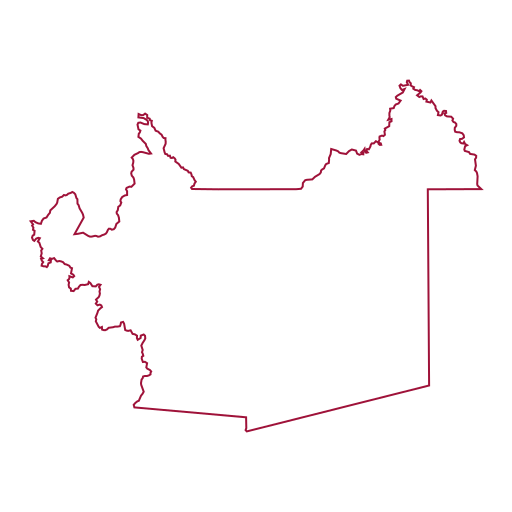 Itapuã do Oeste, Rondônia, Brazil (Mercator projection)
{"feature_id": "56859067B5479725991078", "entity_name": "Itapuã do Oeste", "entity_type": "district", "adm_level": 2, "iso_a3": "BRA", "parent_name": "Brazil", "parent_adm1": "Rondônia", "projection": "mercator", "projection_center": [-63.164, -9.133], "detail": "fine", "context": "isolated", "style": "outline", "palette": "rose", "viewbox_px": 512, "rotation_deg": 0, "n_neighbors": 0, "source": "geoboundaries", "source_scale": "gbopen_adm2", "svg_char_len": 5962}
<svg xmlns="http://www.w3.org/2000/svg" viewBox="0 0 512 512"><path d="M246.8,431.4L429.1,385.5L427.8,189.3L481.3,189.1L477.5,185.5L477.2,184.0L477.6,176.3L477.0,173.0L476.3,171.5L474.8,170.1L475.9,165.7L475.0,159.3L476.1,157.7L476.2,155.8L474.5,154.6L470.1,153.9L469.0,152.1L464.8,150.9L464.3,149.5L465.1,146.2L467.1,145.2L465.1,144.0L464.1,142.0L463.3,143.5L461.3,143.2L460.2,142.3L459.5,140.8L460.1,139.0L461.9,138.9L464.0,137.4L463.7,135.2L462.3,133.3L459.4,132.3L456.9,132.2L455.2,131.7L454.7,129.9L454.8,127.8L456.3,125.8L456.3,124.0L455.0,122.5L453.5,122.0L452.4,120.5L453.1,118.7L451.2,116.7L447.0,116.4L445.1,115.3L444.4,113.4L446.2,112.9L446.0,111.0L444.0,110.8L442.8,111.6L441.9,114.7L440.6,115.5L437.9,115.1L438.5,112.2L436.9,110.7L435.5,108.1L435.5,106.2L431.4,100.5L430.4,102.5L426.4,101.6L426.8,99.7L425.3,98.5L423.6,99.0L422.5,96.4L420.7,96.4L419.3,97.0L417.1,95.3L420.5,92.5L421.4,91.2L420.1,90.0L419.1,91.2L417.3,90.3L415.1,89.9L413.3,88.7L414.0,87.2L412.0,86.3L410.7,85.4L410.8,83.3L409.5,82.0L409.0,80.6L407.2,80.7L406.8,82.2L408.1,84.8L402.9,85.8L400.9,84.4L399.5,85.7L400.5,88.3L402.0,90.0L404.6,89.0L402.8,92.5L397.3,95.7L395.8,97.1L396.2,98.7L400.6,100.6L398.5,103.5L395.7,104.5L394.4,106.1L393.7,108.1L390.1,108.7L390.3,110.6L389.4,113.0L389.4,115.7L389.7,117.1L388.2,119.8L391.5,119.0L391.5,121.3L389.4,122.2L389.2,126.2L384.8,128.6L385.3,130.0L384.4,131.4L384.9,134.8L383.4,136.1L382.0,135.6L379.6,136.5L379.4,137.9L379.7,139.4L378.3,142.5L375.9,141.2L373.8,143.4L371.7,143.4L370.7,145.0L370.4,146.5L368.9,149.3L367.1,149.0L366.5,151.0L367.7,152.4L366.2,152.8L365.0,151.3L364.6,148.8L363.6,150.3L361.6,152.2L363.4,152.7L363.3,154.3L361.5,154.0L359.4,154.8L357.1,153.6L356.0,150.6L351.8,149.5L349.0,151.1L346.2,154.0L340.7,153.1L339.3,152.6L338.1,151.3L336.3,150.5L331.2,149.0L330.7,154.1L329.0,158.1L329.1,159.6L328.8,163.0L326.2,164.0L325.3,165.2L324.0,168.4L322.1,169.5L321.1,170.5L320.8,172.5L319.5,174.1L315.0,176.8L312.3,179.4L306.9,179.8L305.2,180.2L302.9,183.0L302.7,186.6L301.0,188.8L296.1,189.2L218.0,189.3L192.0,189.0L191.1,187.7L192.2,186.3L193.9,185.7L194.5,183.5L195.8,181.7L194.6,180.2L193.2,177.1L191.8,176.2L191.5,174.5L190.7,172.6L188.6,172.4L187.8,170.8L183.9,169.1L183.0,167.4L181.4,167.7L178.7,163.9L175.3,161.5L175.5,159.6L174.7,158.4L173.2,157.2L172.0,158.0L170.6,157.8L169.9,155.7L168.1,155.9L167.0,154.2L165.3,154.0L164.6,152.3L163.6,148.2L165.6,143.8L165.7,141.6L165.4,139.7L165.5,138.2L163.7,138.0L162.6,136.8L161.6,134.7L159.7,133.3L158.3,131.7L155.6,130.7L154.3,127.8L152.1,126.2L151.4,122.8L151.8,120.8L150.1,120.3L149.7,118.7L147.2,117.7L147.2,115.0L145.1,113.6L143.2,115.1L141.1,115.1L138.6,114.0L138.4,117.4L143.7,118.1L146.8,120.0L147.8,121.1L148.1,122.8L147.8,124.4L144.3,124.1L140.4,122.5L138.3,122.8L137.5,124.6L138.5,129.3L140.4,130.6L139.8,132.5L138.8,133.7L138.4,136.9L141.0,138.6L142.6,140.7L145.8,143.9L146.3,146.0L147.7,148.2L148.5,150.2L151.0,153.5L148.9,153.8L143.0,152.2L141.2,151.9L139.4,152.1L138.0,153.1L134.4,154.8L131.7,157.6L132.9,159.1L133.4,160.8L133.2,162.8L132.5,165.2L133.5,168.0L133.5,169.7L131.6,171.7L131.2,173.4L131.8,175.7L133.4,177.5L134.1,179.5L134.6,183.6L131.4,186.8L129.5,186.6L126.6,187.9L126.0,189.3L127.1,191.2L127.1,195.0L124.7,195.5L122.2,197.0L120.7,199.3L120.4,201.2L121.3,202.5L120.2,205.4L118.3,206.8L117.8,210.1L116.6,212.1L116.8,213.6L118.1,215.2L118.9,217.7L119.3,221.5L116.4,223.9L115.2,227.6L113.8,229.2L111.8,229.7L110.5,228.8L108.9,228.7L107.9,229.9L106.9,232.2L105.9,233.6L104.3,234.5L102.1,235.2L100.0,236.4L98.0,236.7L96.5,236.0L95.1,235.8L91.7,236.6L89.9,236.6L88.2,235.9L83.1,232.7L77.9,233.8L74.5,234.2L83.7,217.6L83.0,214.6L82.2,212.8L79.6,208.4L78.6,205.1L77.5,203.7L77.4,199.2L76.4,198.0L75.3,194.3L73.9,192.8L72.3,192.0L70.8,192.9L68.2,193.7L67.1,194.8L65.6,195.4L63.9,195.0L62.2,196.7L59.9,197.4L57.9,198.8L57.2,202.6L56.6,203.9L54.7,206.3L50.3,210.4L49.9,212.8L48.2,214.8L46.5,217.5L43.6,218.5L41.9,220.8L40.9,223.8L38.2,223.4L35.5,222.2L33.8,220.8L30.7,221.3L33.1,224.4L32.1,225.6L33.4,227.6L33.0,229.8L34.6,230.8L34.2,234.7L32.7,235.6L32.0,237.6L33.0,240.0L34.3,240.9L36.2,238.6L38.3,237.8L39.8,238.2L37.9,241.5L39.4,242.9L40.7,247.0L42.4,248.8L41.2,250.5L41.7,253.3L40.8,256.5L42.9,258.3L41.1,258.8L41.8,260.6L43.2,262.1L41.9,264.0L41.6,265.7L43.5,266.3L45.4,266.3L46.8,267.1L47.7,266.0L48.4,263.3L50.7,262.4L50.9,260.4L48.9,260.2L50.0,258.3L52.0,258.9L54.1,258.1L55.9,260.4L57.2,261.5L59.3,261.0L61.2,261.4L63.1,262.2L64.7,264.1L66.5,264.5L69.3,265.8L70.4,267.6L72.0,268.2L71.0,273.4L73.3,274.7L74.2,276.1L72.8,277.4L69.4,276.2L69.5,277.7L69.0,279.1L67.7,280.2L69.1,282.5L68.6,284.8L69.1,287.4L70.8,288.6L71.0,290.8L73.6,291.1L75.5,288.8L77.9,288.6L78.9,286.8L80.5,285.0L82.5,284.8L84.7,285.0L88.1,284.2L88.8,281.9L90.4,283.1L92.4,286.2L95.8,286.4L97.3,284.7L98.8,284.3L100.5,284.8L99.0,286.9L100.1,289.2L99.5,291.5L99.9,293.5L99.5,295.4L98.8,297.0L96.0,299.6L97.2,301.6L95.8,303.6L97.5,305.3L99.8,304.6L101.3,305.4L102.0,307.1L100.4,308.3L98.1,310.6L97.5,312.7L95.5,317.7L96.3,319.3L95.8,321.3L98.7,326.8L99.9,327.9L101.9,327.0L102.1,329.6L103.6,330.1L105.2,330.2L107.0,329.4L108.6,327.8L113.2,327.2L114.9,326.6L117.5,326.6L119.9,326.2L120.5,324.8L121.0,322.5L123.1,321.9L124.1,323.7L125.2,330.0L126.6,330.6L128.2,330.9L130.6,330.3L132.6,333.9L134.8,334.3L137.0,335.7L136.9,338.1L137.7,339.8L140.6,338.0L140.8,335.6L143.7,334.5L145.0,335.7L145.3,338.3L144.5,340.1L142.6,343.0L141.3,345.6L142.7,350.0L142.0,352.2L142.7,353.6L143.3,355.8L141.9,356.7L141.7,358.7L142.9,362.0L144.9,361.8L147.1,363.2L146.3,367.4L147.2,368.6L149.9,370.0L151.2,371.5L150.5,372.8L150.5,374.4L148.9,375.4L147.0,376.0L144.8,376.0L143.1,376.5L142.6,378.3L141.6,379.5L141.0,383.1L141.2,384.8L143.7,391.7L142.6,393.7L141.0,395.7L138.8,400.8L137.4,401.3L135.4,402.9L133.7,404.8L134.4,407.4L246.1,417.3L246.3,428.1L245.6,430.1L246.8,431.4ZM378.3,142.5L380.8,143.4L381.2,144.8L379.8,144.9L378.6,143.9L378.3,142.5Z" fill="none" stroke="#9f1239" stroke-width="2"/></svg>